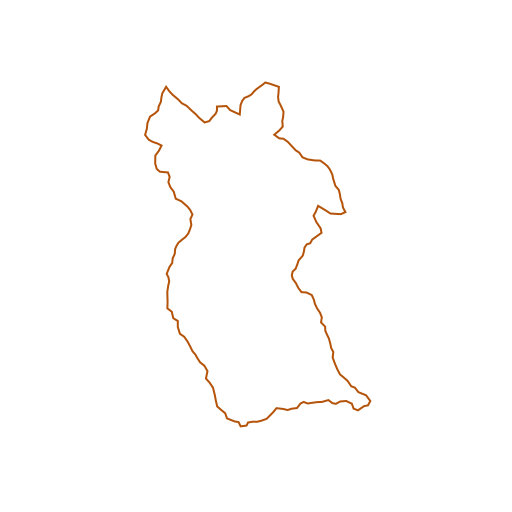 outline of Iacri, São Paulo, Brazil, rotated 138°
{"feature_id": "56859067B52512979226911", "entity_name": "Iacri", "entity_type": "district", "adm_level": 2, "iso_a3": "BRA", "parent_name": "Brazil", "parent_adm1": "São Paulo", "projection": "robinson", "projection_center": [-50.627, -21.796], "detail": "fine", "context": "isolated", "style": "outline", "palette": "amber", "viewbox_px": 512, "rotation_deg": 138, "n_neighbors": 0, "source": "geoboundaries", "source_scale": "gbopen_adm2", "svg_char_len": 2816}
<svg xmlns="http://www.w3.org/2000/svg" viewBox="0 0 512 512"><g transform="rotate(138 256 256)"><path d="M381.4,139.7L376.5,136.3L373.4,137.6L369.1,134.9L366.2,132.1L362.4,130.1L357.1,127.9L347.9,128.4L342.6,129.2L338.1,124.1L335.6,120.4L331.6,118.6L327.3,115.6L321.5,116.6L318.2,115.6L316.3,111.8L313.2,109.8L308.6,106.7L304.6,103.4L298.6,100.5L297.7,95.6L295.6,92.7L290.7,91.5L286.0,87.9L283.6,82.1L285.6,77.3L283.5,73.1L276.1,72.1L272.7,70.1L268.1,71.7L267.4,78.8L271.0,86.3L270.6,92.0L272.4,95.5L271.5,101.8L272.2,107.8L272.8,111.8L271.3,117.7L269.3,123.4L267.0,129.2L262.8,132.9L261.7,137.3L259.4,141.2L257.0,146.0L255.9,149.9L254.5,154.1L251.9,157.2L252.1,163.1L248.1,166.4L246.4,171.0L245.6,176.5L244.2,181.1L242.2,184.9L240.7,189.7L242.9,195.1L246.4,198.7L245.9,204.0L244.5,209.2L244.0,214.4L242.3,217.7L239.2,219.9L235.1,220.0L231.0,222.1L227.3,224.2L221.0,225.0L217.5,227.2L214.3,229.8L210.5,230.7L207.2,229.2L203.3,230.6L191.8,229.4L189.5,233.2L188.4,241.0L186.3,247.4L181.9,248.9L176.3,251.7L174.7,246.5L173.4,242.1L172.3,237.8L168.5,233.9L164.9,230.3L160.2,228.8L158.9,233.9L156.6,237.4L154.9,241.8L152.2,246.0L150.2,249.8L150.1,254.9L147.1,261.5L144.7,265.7L143.2,270.9L142.8,274.8L143.3,278.8L144.4,283.9L148.6,287.9L153.1,293.4L155.4,298.2L154.7,304.0L155.8,308.0L155.9,314.8L156.0,319.7L157.1,324.7L160.0,327.9L161.3,333.9L154.5,333.7L149.5,334.3L146.2,338.7L143.0,341.0L139.0,344.8L136.8,351.7L135.8,355.7L133.2,359.4L130.3,362.0L125.8,366.4L128.5,371.2L130.7,375.2L133.0,378.7L136.6,378.9L143.9,379.7L147.2,379.6L151.2,379.1L154.6,379.7L158.7,381.2L162.5,380.5L166.5,378.5L173.4,372.0L177.6,381.7L177.6,387.2L185.0,393.2L187.9,390.0L191.0,388.7L196.4,388.3L200.5,387.5L204.8,389.6L205.8,396.5L205.9,401.9L206.5,406.6L207.1,414.2L208.9,419.1L209.1,424.5L210.1,431.9L210.2,436.0L209.6,441.9L212.9,440.8L216.7,439.6L219.7,437.5L223.6,434.2L228.2,432.3L231.3,429.7L235.5,429.6L241.5,430.5L247.6,427.5L252.1,423.5L257.4,420.2L257.9,414.1L256.2,409.5L254.0,405.7L252.3,401.3L257.7,399.2L263.6,398.0L269.1,392.1L271.5,387.1L271.0,382.9L265.5,377.0L267.3,372.5L271.7,369.5L273.6,364.5L274.1,358.8L277.3,352.3L274.8,346.5L273.9,338.5L274.1,334.4L275.5,329.3L280.0,327.4L283.4,322.2L287.8,319.7L291.4,318.0L295.8,317.3L299.7,317.6L304.6,317.8L308.1,316.8L311.4,315.3L315.0,311.9L319.5,310.0L322.9,306.9L327.5,305.8L330.8,304.2L334.3,302.5L335.4,298.6L337.5,295.2L341.2,292.6L345.7,288.9L348.6,285.6L352.1,281.4L356.9,276.4L355.9,270.9L359.1,265.1L357.6,260.0L361.6,255.6L364.6,249.1L363.4,244.1L364.1,238.3L365.4,233.0L366.9,227.8L367.0,223.4L368.0,218.8L368.7,214.4L367.8,208.9L369.1,202.9L372.0,200.8L375.2,198.4L375.2,193.2L376.1,186.9L379.5,180.5L382.6,175.4L385.5,170.2L384.8,164.3L384.1,159.8L386.2,154.7L382.6,147.4L380.1,144.3L381.4,139.7Z" fill="none" stroke="#b45309" stroke-width="2"/></g></svg>